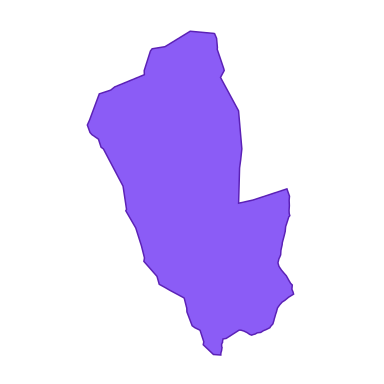 the district of Biase, Cross River, Nigeria, rotated 185°
{"feature_id": "59680162B11436342937739", "entity_name": "Biase", "entity_type": "district", "adm_level": 2, "iso_a3": "NGA", "parent_name": "Nigeria", "parent_adm1": "Cross River", "projection": "mercator", "projection_center": [8.001, 5.543], "detail": "fine", "context": "isolated", "style": "filled", "palette": "violet", "viewbox_px": 384, "rotation_deg": 185, "n_neighbors": 0, "source": "geoboundaries", "source_scale": "gbopen_adm2", "svg_char_len": 1687}
<svg xmlns="http://www.w3.org/2000/svg" viewBox="0 0 384 384"><g transform="rotate(185 192 192)"><path d="M99.3,70.6L99.2,71.1L99.0,72.7L98.6,74.5L98.2,76.6L98.0,77.9L97.9,78.0L97.4,80.1L97.3,80.6L97.3,80.9L96.7,84.0L94.7,87.4L92.6,90.2L90.0,92.2L86.6,95.6L81.9,99.1L82.6,101.1L84.0,103.8L84.0,108.1L85.8,109.6L88.0,112.7L90.7,116.7L93.4,119.3L93.5,119.4L96.2,122.1L98.9,125.5L100.2,128.9L99.6,133.0L99.0,134.6L98.2,137.1L98.3,140.5L98.3,141.9L97.6,147.3L97.6,149.4L97.0,152.8L96.3,156.9L95.7,160.9L95.7,162.0L95.7,165.7L95.2,167.7L94.4,171.2L93.4,175.7L92.5,176.9L93.3,179.2L93.7,182.1L93.8,186.8L94.5,192.3L94.5,196.3L97.4,202.7L97.7,203.4L130.6,189.3L144.6,184.9L146.7,220.1L146.3,228.2L146.1,239.3L152.7,276.9L173.6,308.6L170.5,315.8L171.1,317.6L179.3,336.3L179.3,338.2L180.9,347.2L183.3,351.7L184.0,351.9L207.8,352.0L231.6,334.4L244.2,331.2L245.7,328.8L250.2,308.8L249.7,304.7L278.1,290.0L281.9,286.4L292.9,281.7L300.3,254.8L302.1,249.6L298.8,242.4L296.7,240.4L289.8,236.5L286.5,228.7L284.0,227.2L261.2,191.8L255.7,169.0L256.3,167.5L244.9,151.3L237.7,134.0L233.6,122.2L233.9,118.7L219.5,104.9L216.6,97.2L210.5,94.5L205.6,92.2L191.6,86.2L190.5,85.6L187.7,77.5L187.1,75.9L186.6,72.1L180.2,58.8L177.4,57.1L172.7,55.3L171.9,54.9L167.2,43.8L167.5,40.8L156.5,32.0L149.1,32.1L149.2,34.2L148.9,35.6L148.7,36.6L148.6,38.6L148.5,39.7L149.0,40.8L149.2,43.1L148.4,45.1L148.6,46.2L148.4,47.1L148.3,48.3L145.2,49.1L133.0,58.5L131.1,58.6L128.2,58.0L125.6,57.0L124.8,56.7L122.2,55.2L120.1,54.6L118.7,55.3L116.7,56.0L114.7,57.4L111.3,58.1L108.7,60.1L106.7,61.1L106.0,61.5L105.0,62.1L102.6,63.6L102.0,64.9L99.9,67.7L99.5,69.8L99.3,70.6Z" fill="#8b5cf6" stroke="#5b21b6" stroke-width="1.5"/></g></svg>